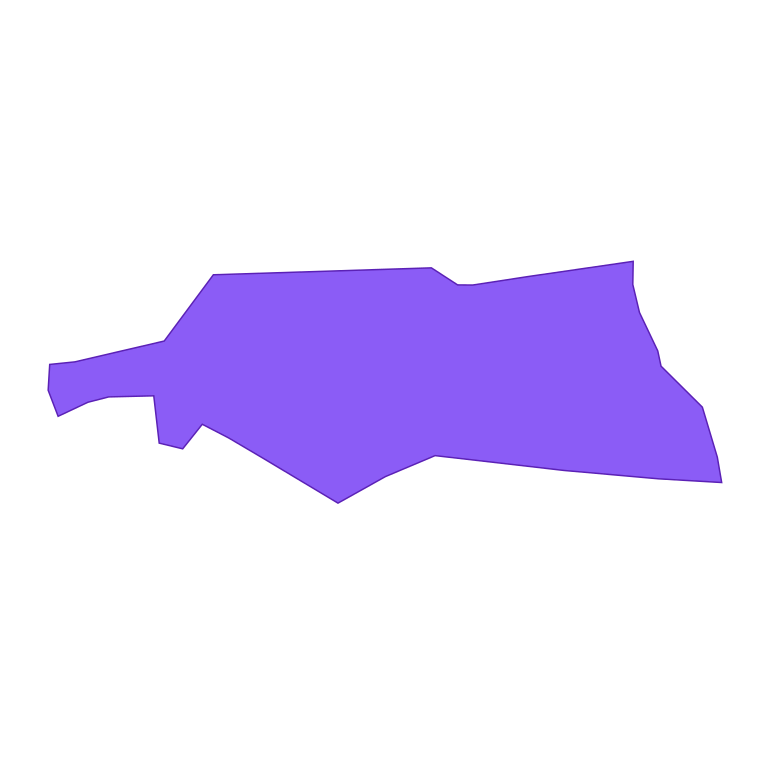 Birni-N'Konni, Tahoua, Niger (Albers equal-area conic projection), rotated 179°
{"feature_id": "23599985B12101722290167", "entity_name": "Birni-N'Konni", "entity_type": "district", "adm_level": 2, "iso_a3": "NER", "parent_name": "Niger", "parent_adm1": "Tahoua", "projection": "albers", "projection_center": [5.016, 13.935], "detail": "fine", "context": "isolated", "style": "filled", "palette": "violet", "viewbox_px": 768, "rotation_deg": 179, "n_neighbors": 0, "source": "geoboundaries", "source_scale": "gbopen_adm2", "svg_char_len": 552}
<svg xmlns="http://www.w3.org/2000/svg" viewBox="0 0 768 768"><g transform="rotate(179 384 384)"><path d="M132.7,502.3L238.2,488.9L293.6,481.4L308.7,481.8L334.6,499.3L552.7,496.2L603.0,430.8L692.9,411.5L717.9,409.4L719.9,383.6L710.4,357.4L680.4,370.9L659.5,375.9L614.4,376.2L609.8,328.8L586.4,322.7L566.4,346.9L540.3,332.8L507.7,312.8L432.1,265.7L384.2,291.4L334.2,311.5L205.4,294.4L111.1,284.4L48.1,279.6L52.0,305.0L66.1,355.3L106.7,397.0L109.7,412.3L127.3,451.0L133.5,479.1L132.7,502.3Z" fill="#8b5cf6" stroke="#5b21b6" stroke-width="1.5"/></g></svg>